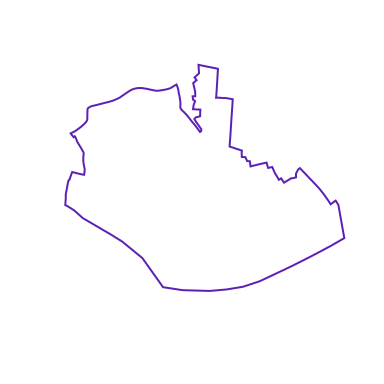 the district of Tay Ho, Ha Noi, Vietnam, rotated 142°
{"feature_id": "81297802B85279913761146", "entity_name": "Tay Ho", "entity_type": "district", "adm_level": 2, "iso_a3": "VNM", "parent_name": "Vietnam", "parent_adm1": "Ha Noi", "projection": "natural_earth1", "projection_center": [105.817, 21.069], "detail": "fine", "context": "isolated", "style": "outline", "palette": "violet", "viewbox_px": 384, "rotation_deg": 142, "n_neighbors": 0, "source": "geoboundaries", "source_scale": "gbopen_adm2", "svg_char_len": 3478}
<svg xmlns="http://www.w3.org/2000/svg" viewBox="0 0 384 384"><g transform="rotate(142 192 192)"><path d="M299.9,259.7L298.7,257.2L296.1,249.8L295.6,247.0L294.2,238.9L285.9,217.9L282.2,208.7L277.5,195.8L271.8,170.5L273.4,134.8L259.8,120.4L238.9,103.1L224.9,94.0L220.7,91.7L210.3,86.0L202.0,83.0L193.6,80.0L176.4,76.1L159.5,72.3L138.4,68.1L116.6,64.2L100.4,61.9L84.7,91.5L84.5,92.5L84.2,95.8L84.1,96.2L84.1,96.8L84.8,96.9L90.3,96.9L90.1,99.2L89.9,101.1L89.5,109.4L89.6,116.5L90.4,125.5L91.5,136.6L92.3,144.4L94.5,144.4L98.8,142.4L101.0,139.5L103.4,140.5L105.4,141.7L113.7,142.7L113.4,147.9L116.0,148.1L115.6,150.5L115.1,155.7L113.4,162.3L117.2,164.1L115.2,169.3L121.5,172.3L123.8,173.3L129.4,175.8L130.1,176.1L129.9,176.5L127.5,180.6L129.5,182.4L128.5,186.6L131.2,189.0L130.3,190.1L129.7,191.0L128.6,192.5L127.5,193.6L127.2,193.9L127.6,194.5L134.4,204.7L127.4,212.4L115.7,225.6L106.4,235.9L102.8,240.0L107.8,245.6L109.2,246.5L113.1,250.1L115.0,251.4L110.8,256.0L95.7,273.1L96.6,274.2L106.3,285.5L108.6,288.2L113.4,281.2L119.5,280.7L119.5,277.3L124.0,277.1L127.9,268.8L130.5,265.5L132.6,267.0L134.3,264.2L133.6,261.7L137.2,259.5L140.2,256.6L137.3,254.0L134.7,251.8L139.0,246.7L143.2,248.5L145.3,248.0L145.6,244.5L145.8,240.6L145.9,238.7L146.0,235.8L146.2,235.5L146.8,234.9L147.2,234.4L148.7,234.4L148.5,243.5L148.6,245.3L148.7,247.8L148.7,248.7L148.7,253.0L148.7,254.9L148.9,257.4L149.2,260.2L149.4,261.2L149.5,262.6L149.6,263.3L149.6,263.8L149.5,265.0L149.4,265.3L149.1,265.8L147.6,267.7L146.9,268.5L146.4,269.2L145.0,271.3L143.7,273.7L142.6,275.7L141.7,277.7L141.3,278.5L139.9,280.9L139.4,282.1L138.9,283.3L138.2,285.6L138.1,286.3L140.0,286.5L142.2,286.8L142.7,286.8L143.1,286.9L143.7,287.0L144.1,287.0L144.4,287.0L145.1,287.1L148.0,288.2L149.3,288.8L149.7,289.0L150.0,289.1L151.2,289.8L151.6,290.0L152.0,290.2L152.6,290.5L153.1,290.8L153.7,291.1L154.1,291.3L154.6,291.6L155.0,291.9L155.5,292.1L156.2,292.6L157.0,293.2L157.9,293.9L158.4,294.3L160.3,296.6L161.0,297.4L161.2,297.6L162.5,299.2L163.4,300.2L163.5,300.4L163.6,300.5L164.3,301.4L165.5,302.6L167.1,304.4L168.2,305.3L169.4,306.3L170.2,306.9L170.7,307.2L171.4,307.6L172.0,308.0L172.8,308.3L173.5,308.7L174.2,309.0L174.4,309.0L176.0,309.6L177.2,309.9L178.1,310.0L181.0,310.3L181.5,310.3L182.1,310.4L183.1,310.5L184.6,310.5L185.7,310.6L186.6,310.7L187.6,310.7L188.9,310.8L189.3,310.8L189.9,310.8L190.9,310.9L191.4,311.0L191.7,311.1L192.5,311.2L193.6,311.4L196.3,312.2L197.7,312.6L198.8,312.9L199.9,313.4L200.4,313.5L201.7,314.1L202.6,314.4L202.7,314.5L203.1,314.7L203.7,314.9L204.9,315.5L205.0,315.6L209.3,317.4L210.3,317.9L211.3,318.3L212.9,319.0L214.7,319.8L216.4,320.6L216.8,320.8L217.5,321.1L218.5,321.6L221.7,322.1L222.4,322.0L223.1,321.8L225.3,319.3L229.3,314.3L230.0,313.5L231.9,312.5L232.8,312.3L233.4,312.2L234.8,312.0L237.3,311.8L238.5,311.7L241.9,311.7L243.1,311.8L244.4,311.8L245.8,311.9L247.3,312.0L251.5,312.9L251.6,311.1L251.5,308.0L250.3,308.1L250.1,308.1L250.1,307.3L250.2,306.7L250.3,306.2L250.9,304.2L251.2,303.4L251.4,302.6L251.5,302.2L251.7,300.5L252.6,293.2L252.9,291.6L253.1,290.0L253.4,289.5L253.6,289.0L253.9,288.7L255.8,286.8L256.8,285.6L257.5,284.7L258.0,284.1L258.4,283.5L259.2,282.3L260.4,280.3L262.2,276.6L262.9,275.5L265.0,273.3L266.0,272.4L266.5,272.0L269.5,275.5L270.4,276.7L271.3,277.9L272.7,279.7L273.5,280.7L274.1,281.5L274.6,281.2L279.6,278.1L280.2,277.6L280.8,277.2L281.7,277.3L283.1,276.5L293.0,267.8L295.4,264.7L299.9,259.7Z" fill="none" stroke="#5b21b6" stroke-width="2"/></g></svg>